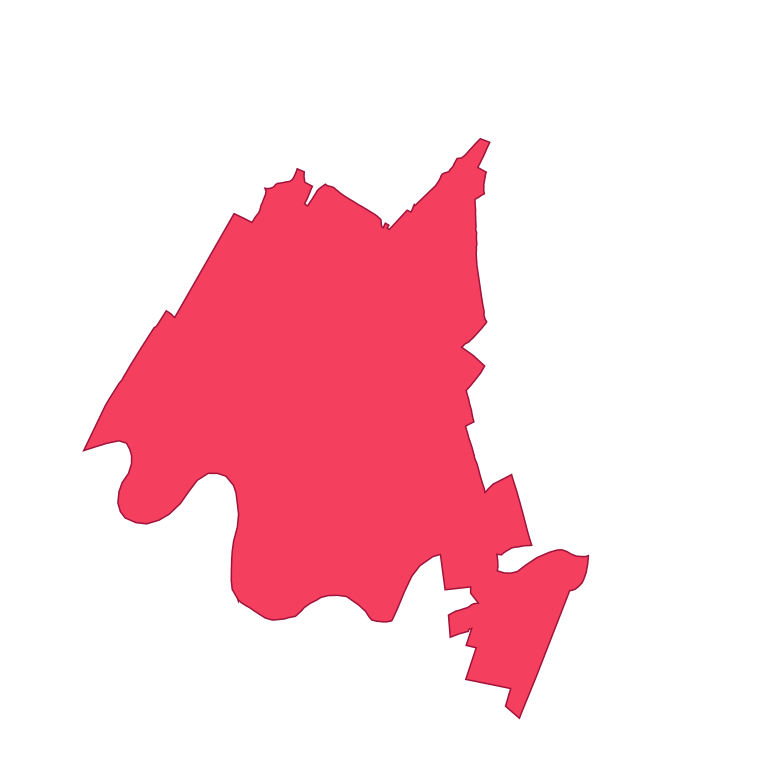 Teasc, Dolj, Romania, rotated 291°
{"feature_id": "2599482B57508390808222", "entity_name": "Teasc", "entity_type": "district", "adm_level": 2, "iso_a3": "ROU", "parent_name": "Romania", "parent_adm1": "Dolj", "projection": "robinson", "projection_center": [23.888, 44.168], "detail": "fine", "context": "isolated", "style": "filled", "palette": "rose", "viewbox_px": 768, "rotation_deg": 291, "n_neighbors": 0, "source": "geoboundaries", "source_scale": "gbopen_adm2", "svg_char_len": 5667}
<svg xmlns="http://www.w3.org/2000/svg" viewBox="0 0 768 768"><g transform="rotate(291 384 384)"><path d="M297.0,636.3L295.1,634.0L293.8,630.5L292.3,625.7L292.2,620.1L293.1,615.0L293.0,609.6L291.2,605.4L286.1,598.6L276.8,589.1L265.4,581.0L256.8,575.8L252.8,570.1L250.7,564.0L250.2,556.7L254.1,555.9L260.4,553.2L264.7,550.8L265.5,550.3L265.7,551.2L266.0,552.6L266.3,553.6L266.5,554.8L268.1,555.6L270.7,557.2L272.5,558.5L274.3,560.1L276.2,561.5L278.3,564.2L279.8,567.3L283.1,572.6L284.2,575.0L285.1,577.3L286.4,579.7L290.0,576.8L292.4,574.9L298.0,570.7L304.6,566.0L314.4,559.0L320.1,554.8L331.8,546.1L341.9,538.0L344.3,536.2L345.2,535.6L332.0,523.9L330.1,522.1L329.6,521.7L328.4,521.2L324.3,519.3L323.0,518.7L321.0,518.1L319.7,517.6L319.1,517.3L318.9,517.2L322.4,515.0L323.9,513.7L327.7,510.6L333.6,506.1L338.3,502.8L343.1,499.2L346.6,495.8L348.3,494.5L349.5,494.0L350.8,492.9L356.2,489.0L361.1,485.0L363.8,482.7L367.7,479.9L369.0,478.9L373.8,475.2L376.7,477.7L380.9,481.5L382.9,479.9L386.4,477.7L389.0,476.0L390.4,475.4L392.6,473.7L396.0,471.1L399.7,468.8L401.5,467.4L402.7,466.4L403.5,465.9L407.3,463.1L413.8,465.5L423.3,468.6L429.6,470.4L436.9,471.5L442.6,457.1L444.6,449.3L446.1,443.5L446.2,443.3L447.4,444.0L448.5,444.5L449.7,444.9L450.4,445.3L453.7,448.1L454.7,448.6L456.0,449.1L458.9,450.6L462.8,452.1L471.1,455.3L476.2,457.0L477.5,457.4L478.9,457.6L480.3,455.6L481.4,454.7L484.2,452.5L485.7,452.2L487.8,451.3L490.0,450.0L493.6,447.7L500.0,444.0L511.6,437.5L528.3,428.1L535.5,424.8L538.9,423.3L541.9,422.4L544.0,421.6L545.0,421.0L546.3,421.0L547.8,420.5L549.3,419.9L551.3,418.9L553.8,417.8L555.7,417.1L556.9,416.7L558.2,416.4L559.1,415.8L559.9,415.0L560.6,414.6L561.0,414.3L561.6,414.1L562.1,414.0L563.1,413.7L563.9,413.5L565.4,412.9L567.2,412.1L568.5,411.5L570.2,410.7L572.6,409.8L576.0,408.3L578.3,407.5L580.9,406.4L583.1,405.3L584.9,404.5L588.4,403.0L589.1,402.8L589.4,403.1L592.6,405.7L593.8,406.5L595.8,407.9L597.5,409.5L598.3,409.1L599.2,408.6L599.6,408.2L600.2,407.9L601.7,407.3L602.5,407.0L604.2,406.5L605.1,406.0L605.9,405.7L609.1,405.1L611.4,404.6L613.2,404.3L615.4,403.8L617.1,403.6L618.4,403.6L619.8,394.0L624.4,394.5L634.7,395.4L642.3,395.7L645.2,396.0L647.5,396.1L647.5,386.0L642.2,383.7L633.3,380.2L630.1,379.0L626.6,377.7L622.7,375.3L620.7,371.4L620.1,371.3L616.9,370.9L615.0,370.6L612.5,370.5L611.6,370.4L611.3,370.3L609.7,369.7L608.6,369.2L607.4,368.7L606.5,368.7L605.5,368.3L604.9,367.7L604.1,366.7L603.4,365.9L602.6,364.7L602.2,364.3L601.7,363.9L600.3,363.0L599.5,362.8L598.1,362.7L597.2,362.8L595.7,362.7L594.3,362.5L592.7,362.3L591.3,362.0L589.1,361.4L587.8,361.2L587.5,361.2L587.4,361.1L586.7,360.7L579.8,357.4L574.6,355.0L572.2,353.9L566.5,351.2L561.7,349.0L561.5,348.8L562.3,347.9L554.2,347.7L554.5,343.6L554.5,343.3L530.2,333.6L530.5,331.2L534.0,331.7L534.6,327.6L529.6,327.3L529.9,325.7L532.3,324.2L535.2,322.8L536.4,322.1L538.2,317.6L538.9,315.1L541.7,300.2L542.2,296.2L543.7,288.5L544.1,285.8L544.8,282.3L545.2,280.2L545.8,277.9L546.2,276.0L546.8,274.2L548.6,268.6L549.1,267.7L549.4,266.4L549.4,264.6L549.1,262.5L548.9,260.0L549.5,257.6L546.0,255.4L543.1,253.5L540.1,252.3L537.1,251.9L534.1,251.2L531.0,250.7L522.9,248.8L523.0,248.2L523.1,247.5L523.3,246.9L523.8,246.1L524.0,245.2L528.2,245.8L533.0,246.0L538.9,246.1L542.9,246.3L543.6,240.5L544.0,237.8L544.7,237.3L546.5,236.4L548.9,235.0L553.5,233.5L553.8,225.8L551.0,226.0L549.1,226.0L546.9,225.8L544.3,225.7L542.4,225.2L540.9,224.6L539.6,223.5L538.8,222.5L538.2,221.5L537.9,220.6L537.2,219.6L536.5,218.5L535.6,217.3L534.6,215.4L534.1,214.7L533.6,213.5L533.1,212.7L532.6,212.2L531.8,211.7L531.0,211.2L530.2,211.0L529.4,210.8L528.1,210.0L527.3,209.3L526.8,208.8L525.7,207.3L525.2,206.3L524.8,205.5L524.6,204.8L524.2,203.6L524.1,202.7L522.3,204.2L521.7,204.8L520.9,205.0L519.1,205.4L515.7,205.4L511.6,205.4L509.4,205.4L507.4,205.2L506.2,205.2L503.9,205.6L501.4,205.8L498.7,205.6L495.0,204.4L492.4,203.7L490.7,203.6L487.5,202.8L488.5,193.6L489.3,183.0L371.1,164.8L372.0,162.2L373.0,160.4L373.8,157.2L374.3,154.5L359.2,151.5L356.1,150.8L355.1,149.9L353.8,149.1L339.5,146.2L331.4,144.5L318.7,142.1L310.0,140.4L305.9,139.8L302.8,139.3L297.8,138.4L297.1,138.2L296.1,138.2L295.0,138.1L293.2,137.8L292.2,137.3L289.9,136.5L271.9,132.9L264.2,131.6L214.2,127.5L221.7,136.8L229.3,146.5L236.0,156.9L236.5,164.8L231.6,170.4L226.3,174.2L218.9,176.9L208.9,177.5L198.0,174.9L188.4,175.2L177.6,178.2L170.4,183.6L166.2,190.4L165.7,202.1L168.3,212.4L176.3,222.8L185.5,230.1L199.3,236.7L214.2,240.4L227.2,244.2L237.6,251.9L240.9,260.7L241.3,269.5L235.4,279.9L229.1,285.0L219.3,290.2L210.4,294.9L197.7,298.4L183.5,299.9L173.3,302.3L165.6,304.7L155.9,308.1L145.9,311.8L137.9,315.9L131.4,323.9L129.1,325.9L130.0,325.8L128.7,329.1L127.7,334.1L127.0,338.9L125.7,344.1L124.6,349.0L123.0,357.1L123.6,364.2L124.4,366.1L128.8,374.9L131.9,379.0L135.2,384.3L136.0,384.9L142.4,388.1L146.6,389.6L152.9,393.8L158.1,398.6L162.1,401.5L166.5,407.8L170.1,416.4L172.2,425.3L170.5,431.9L168.5,439.9L165.1,448.3L161.2,453.6L159.3,457.1L159.9,462.1L161.8,469.0L163.0,471.9L164.6,474.4L164.8,475.2L166.3,476.2L173.1,476.7L180.0,477.1L196.9,477.5L214.4,478.8L220.8,480.7L227.2,482.6L240.3,491.4L244.4,496.8L245.0,497.8L213.8,514.8L225.6,537.6L219.7,539.9L213.2,550.7L211.1,546.6L209.4,544.9L205.6,542.6L202.6,538.8L199.9,535.6L197.7,532.4L191.4,527.0L171.3,536.6L177.7,543.7L183.3,551.3L185.4,551.2L187.1,553.5L169.4,554.4L170.8,564.6L137.5,566.2L145.1,611.4L126.7,612.9L120.5,630.2L125.9,630.2L165.5,631.0L255.2,631.4L257.5,631.4L259.0,633.8L261.1,636.1L262.8,637.2L265.8,638.8L269.5,640.2L273.5,640.5L277.2,640.4L280.9,640.3L284.0,639.6L289.0,638.7L297.0,636.3Z" fill="#f43f5e" stroke="#9f1239" stroke-width="1.5"/></g></svg>